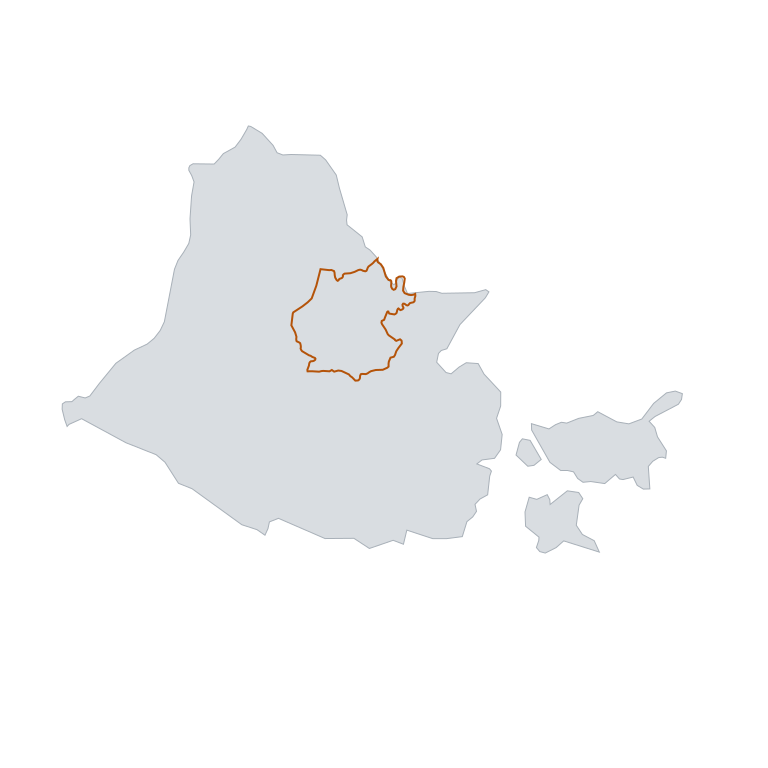 Viljandi on a map of Estonia (Albers equal-area conic projection), rotated 203°
{"feature_id": "EST-2350", "entity_name": "Viljandi", "entity_type": "County", "adm_level": 1, "iso_a3": "EST", "parent_name": "Estonia", "parent_adm1": "", "projection": "albers", "projection_center": [25.42, 58.32], "detail": "fine", "context": "in_parent", "style": "outline", "palette": "amber", "viewbox_px": 768, "rotation_deg": 203, "n_neighbors": 0, "source": "natural_earth", "source_scale": "10m", "svg_char_len": 4895}
<svg xmlns="http://www.w3.org/2000/svg" viewBox="0 0 768 768"><g transform="rotate(203 384 384)"><path d="M609.7,568.5L607.3,569.0L594.1,567.1L579.3,560.3L572.8,555.1L566.6,555.3L559.1,559.0L532.0,569.7L525.3,567.5L509.6,557.7L501.6,546.9L484.0,525.4L482.5,520.2L480.2,516.1L461.6,510.9L454.8,502.9L449.1,501.8L440.7,497.9L419.0,480.8L413.7,479.2L412.4,482.1L412.7,486.1L411.4,488.4L408.6,488.3L403.6,482.1L397.7,476.5L378.9,486.8L372.1,489.5L366.2,490.1L336.3,503.4L327.2,510.6L323.4,509.8L324.4,502.9L337.3,468.4L339.9,441.0L344.4,437.2L345.8,433.4L344.0,424.6L331.4,418.8L326.2,419.6L321.5,428.9L316.6,435.7L305.3,439.6L295.8,432.2L273.4,422.2L268.0,409.3L267.0,396.4L255.5,383.7L251.0,369.0L253.2,358.8L264.1,352.4L267.3,346.7L253.8,347.2L251.1,345.8L250.7,340.5L245.3,322.5L250.7,315.6L253.2,308.8L249.1,302.9L250.4,296.3L253.9,289.7L252.3,274.1L265.8,266.2L278.7,260.7L305.9,258.4L303.5,244.1L314.5,243.7L333.2,226.9L351.4,230.2L377.9,218.7L428.7,219.1L435.6,212.3L434.3,205.5L434.5,198.3L444.0,200.3L459.9,198.9L519.7,212.6L534.4,212.3L555.0,226.4L566.1,229.9L598.5,229.1L648.8,233.9L658.2,223.7L659.1,221.1L664.0,226.4L670.4,235.0L672.3,240.0L670.3,243.1L664.4,245.8L663.1,248.6L660.6,253.3L653.6,254.4L650.1,258.0L646.3,273.1L638.9,298.3L627.1,317.6L617.6,328.2L613.4,336.3L610.9,345.9L610.5,355.5L621.7,407.8L621.9,417.3L619.9,427.1L618.6,437.1L620.2,445.7L627.1,460.2L634.6,481.9L637.8,495.8L642.5,500.8L647.1,504.4L648.1,506.7L648.0,509.2L645.8,512.1L626.3,520.1L623.9,526.4L621.9,533.3L613.6,543.9L611.2,553.5L609.8,564.6L609.7,568.5ZM168.8,372.7L175.2,377.2L181.2,376.1L187.5,373.4L200.6,376.7L230.1,399.3L232.8,405.1L214.6,407.1L210.2,413.6L205.7,418.1L200.5,419.4L191.4,428.4L179.1,436.8L176.4,442.0L154.9,440.1L143.0,443.0L133.0,452.5L128.2,471.5L120.5,486.2L113.1,491.3L105.6,491.7L104.1,486.0L105.1,480.4L121.8,460.0L125.4,453.3L117.8,449.8L111.6,442.2L97.9,432.8L95.7,425.7L99.2,425.4L102.4,423.6L106.4,417.9L108.5,411.4L98.3,391.3L104.2,388.6L111.3,389.6L118.3,395.7L126.7,389.4L130.1,388.6L135.6,391.2L141.9,378.6L155.6,375.0L162.4,371.3L168.8,372.7ZM198.3,337.5L190.5,345.9L186.2,342.3L184.0,338.0L173.5,357.3L162.4,360.2L156.2,356.1L157.1,348.7L151.8,329.1L142.6,323.0L129.3,321.9L120.1,313.4L157.3,309.8L161.6,300.7L169.5,291.4L175.1,290.6L179.8,293.0L180.4,300.5L181.5,303.6L198.1,308.4L204.2,321.3L206.1,336.5L198.3,337.5ZM235.2,387.6L227.5,389.2L209.8,376.0L214.2,367.7L219.5,364.5L234.7,370.2L236.5,383.2L235.2,387.6Z" fill="#d9dde1" stroke="#a8b0b8" stroke-width="1"/><path d="M418.5,482.1L417.6,481.6L417.0,480.6L415.9,477.4L415.3,476.2L413.6,474.8L411.9,474.5L410.7,475.7L410.6,478.7L413.2,483.5L413.8,486.3L412.0,488.8L409.0,490.3L407.5,490.3L406.1,489.2L405.0,485.3L404.1,481.0L402.9,477.4L400.5,475.7L396.1,475.8L393.9,476.4L391.8,477.7L390.5,479.1L389.8,477.8L389.5,477.1L389.4,476.2L389.3,475.2L389.1,474.3L388.7,473.5L388.3,472.6L388.4,471.6L389.1,470.5L390.7,469.4L391.7,468.6L392.2,467.2L392.4,466.2L393.0,465.5L394.2,465.3L395.6,465.7L397.0,465.8L397.8,465.4L398.0,464.2L397.5,463.4L397.2,462.9L396.3,462.2L395.8,461.7L395.8,460.8L396.3,459.8L397.6,458.5L398.7,458.6L399.5,459.0L400.2,459.2L400.6,458.7L400.7,457.2L400.4,455.8L400.2,454.3L400.8,453.0L401.6,452.1L406.6,450.9L407.8,451.7L408.3,452.4L408.8,452.3L409.2,451.6L409.1,445.4L409.0,444.0L409.0,443.1L410.7,441.2L410.3,439.4L409.2,438.3L403.7,434.7L400.1,431.4L398.7,430.7L391.4,429.2L390.9,428.7L389.6,428.5L386.7,431.4L385.0,430.9L384.5,430.4L383.4,428.2L384.8,422.8L385.5,418.9L385.2,415.0L385.6,412.9L388.3,410.8L388.3,406.6L387.8,404.6L386.8,402.3L386.6,401.8L387.3,400.3L390.7,396.6L397.0,393.7L400.9,390.8L402.1,389.3L403.3,387.3L404.6,386.0L408.2,384.7L409.2,383.9L409.2,382.1L408.7,380.8L408.4,379.6L408.6,378.3L409.3,377.1L411.7,375.9L416.0,377.7L418.1,378.1L420.0,379.1L428.2,379.4L431.4,378.5L434.7,375.9L437.5,376.5L439.1,374.4L445.1,372.3L446.7,371.4L448.5,370.0L455.3,367.6L459.3,365.8L460.1,367.1L460.3,371.6L460.9,374.0L460.7,375.4L460.2,376.3L458.5,377.2L457.6,378.0L456.8,379.4L457.0,380.5L457.8,381.0L460.6,380.9L462.6,381.3L464.1,381.1L472.2,382.2L473.4,382.9L474.6,384.0L474.9,385.3L475.4,386.4L476.1,387.5L477.1,388.8L478.2,389.1L481.1,389.2L482.0,390.3L482.6,391.8L483.0,393.2L486.0,396.8L492.2,401.8L495.5,413.2L495.5,414.5L489.4,423.6L486.2,429.3L484.0,434.5L484.7,448.0L487.3,464.9L478.9,467.4L477.0,468.4L474.1,468.4L473.0,467.1L471.8,464.8L470.5,462.9L468.1,461.1L466.9,460.9L466.4,461.7L466.3,462.5L466.1,463.3L464.8,464.5L464.1,465.3L463.8,466.4L463.9,467.2L464.4,468.1L464.0,469.3L463.4,470.2L458.3,472.8L454.9,475.7L452.2,478.8L450.7,479.9L449.1,480.2L447.7,480.0L445.3,480.4L444.4,481.3L444.3,482.7L444.4,484.4L444.2,486.0L441.9,490.0L441.2,491.5L440.7,493.2L438.9,496.6L438.7,495.6L437.9,494.3L437.0,493.7L433.7,493.0L430.0,490.6L426.5,486.3L424.3,483.7L420.6,481.6L419.6,481.7L419.0,482.0L418.5,482.1Z" fill="none" stroke="#b45309" stroke-width="2"/></g></svg>